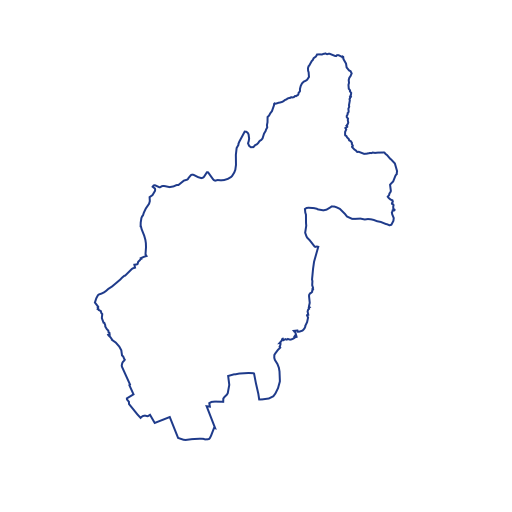 Coas, Maramures, Romania, rotated 232°
{"feature_id": "2599482B41042364837180", "entity_name": "Coas", "entity_type": "district", "adm_level": 2, "iso_a3": "ROU", "parent_name": "Romania", "parent_adm1": "Maramures", "projection": "mercator", "projection_center": [23.595, 47.517], "detail": "fine", "context": "isolated", "style": "outline", "palette": "blue", "viewbox_px": 512, "rotation_deg": 232, "n_neighbors": 0, "source": "geoboundaries", "source_scale": "gbopen_adm2", "svg_char_len": 6084}
<svg xmlns="http://www.w3.org/2000/svg" viewBox="0 0 512 512"><g transform="rotate(232 256 256)"><path d="M313.1,99.7L312.3,99.7L311.7,98.6L310.9,99.1L310.3,98.8L308.2,99.8L306.2,99.0L304.9,99.1L302.0,96.3L297.3,94.8L296.7,95.3L294.3,94.6L293.2,93.8L290.1,93.4L288.2,93.7L286.5,92.8L285.7,93.2L284.0,92.2L284.8,91.0L284.4,90.9L281.5,91.3L278.6,91.1L278.5,90.9L274.1,92.2L268.8,92.5L264.6,91.8L260.1,89.2L258.6,89.5L255.7,88.7L255.2,88.8L254.8,88.2L254.5,85.9L253.9,84.6L252.4,82.8L251.3,82.2L232.3,77.6L232.2,76.7L222.4,74.3L223.3,66.6L222.4,66.0L219.4,66.1L217.5,64.8L204.3,65.0L199.5,65.4L199.7,66.5L199.5,68.4L198.6,70.2L196.5,71.9L196.3,72.6L196.1,74.7L186.8,73.4L182.2,88.9L160.6,82.6L155.9,85.7L154.4,87.2L151.1,92.8L146.7,99.1L144.5,101.8L142.8,103.0L141.3,105.1L140.7,106.5L141.0,107.7L142.1,110.0L146.4,117.2L145.5,117.8L168.0,124.6L165.7,126.9L168.8,128.6L168.4,131.1L166.5,134.1L161.3,140.4L163.8,142.5L164.3,144.3L164.7,147.8L165.3,149.3L170.9,155.6L178.6,160.2L176.3,165.8L175.4,167.0L173.7,170.4L168.4,178.1L165.4,181.6L164.6,182.1L156.0,177.7L146.0,173.0L141.0,170.2L139.3,172.4L135.8,178.4L134.8,183.3L135.7,186.6L138.3,192.0L142.4,197.5L143.4,198.3L150.5,203.4L153.8,205.2L157.7,206.4L162.5,206.9L164.5,207.7L166.7,209.5L167.3,211.0L168.5,215.4L168.9,218.7L170.0,218.8L170.2,219.4L171.5,221.1L172.5,221.8L172.9,221.1L173.5,224.2L174.4,225.5L174.3,226.2L172.8,225.9L172.3,228.1L171.3,228.6L170.9,229.6L171.0,230.0L169.3,231.2L168.7,232.0L168.1,233.8L167.8,235.6L168.8,236.4L169.0,237.1L167.8,236.9L167.3,238.2L172.1,240.2L172.4,240.3L172.7,239.7L173.7,239.7L171.8,242.8L170.5,242.4L169.6,243.8L168.6,246.7L168.7,247.8L169.1,249.6L170.0,251.4L170.6,251.8L172.4,255.5L175.4,259.1L177.9,259.7L178.0,260.0L177.5,261.0L180.5,262.5L181.7,264.2L181.7,265.3L182.7,265.7L182.6,266.7L183.4,266.5L183.7,266.7L186.0,269.5L191.9,273.2L192.8,274.2L193.3,276.0L193.0,276.8L193.2,278.2L193.9,278.7L194.6,280.4L195.3,280.2L195.7,281.3L198.4,282.3L201.5,285.0L203.0,285.7L211.0,293.3L215.8,298.3L224.9,310.7L226.0,309.8L226.7,308.3L227.5,308.0L235.4,308.0L239.1,307.6L240.9,308.0L244.1,309.1L248.9,314.2L251.3,315.8L257.8,320.8L259.9,321.6L262.9,323.5L262.7,325.4L261.7,327.1L258.1,331.1L255.8,333.0L254.7,333.4L250.5,337.2L249.1,340.1L248.5,344.8L248.5,346.1L246.7,348.2L244.7,349.5L241.5,351.1L234.4,352.0L231.1,352.0L226.1,354.6L224.2,357.0L221.2,361.3L217.8,364.2L216.2,367.0L214.0,369.3L211.9,371.0L208.9,372.8L206.0,375.3L201.3,378.0L200.2,378.9L198.0,380.1L197.3,381.9L199.1,385.9L201.1,387.9L205.0,389.0L206.7,389.9L207.1,391.0L207.8,391.7L206.8,393.0L207.0,393.6L207.3,393.7L208.6,393.2L210.4,394.5L211.4,395.7L212.2,395.9L213.1,395.3L213.8,395.5L214.5,396.7L214.5,397.2L215.1,397.5L215.9,397.8L217.6,396.8L220.0,396.3L221.6,396.3L222.1,398.5L223.1,399.6L223.5,401.1L224.2,402.3L229.6,405.5L229.9,406.8L230.3,410.0L233.3,415.1L233.7,416.0L233.9,417.4L234.6,417.9L236.0,419.4L243.4,422.4L249.0,421.9L249.9,421.6L254.8,421.4L256.7,420.9L258.3,420.9L258.7,420.7L262.7,415.3L263.9,413.3L265.7,411.6L265.9,410.5L267.2,409.0L267.4,408.2L268.0,407.4L268.3,406.5L269.9,404.1L274.9,401.1L275.5,400.0L276.0,399.7L277.5,399.7L279.4,399.1L282.6,398.8L283.1,399.1L283.1,400.0L283.3,400.2L285.3,400.5L286.0,401.2L288.1,401.4L289.8,400.6L290.9,401.1L293.5,400.8L294.9,401.1L296.0,400.6L296.5,400.7L298.9,402.6L300.2,405.0L301.8,405.2L301.6,407.4L302.1,407.8L302.9,407.6L302.9,408.2L303.4,408.7L303.4,409.3L304.3,410.8L306.6,412.0L307.6,413.1L309.5,413.0L310.5,413.7L311.1,415.3L312.2,416.2L312.2,417.1L313.0,418.1L315.1,419.4L316.3,421.4L317.6,422.1L320.8,425.7L322.1,426.3L322.3,427.1L322.9,427.6L322.9,428.3L323.7,428.4L323.5,429.2L324.4,429.5L324.8,430.3L325.9,431.4L327.9,431.4L328.6,432.1L330.7,432.1L333.9,434.2L335.2,435.9L337.6,437.4L339.0,439.3L339.6,441.3L341.0,443.8L343.5,444.3L344.8,443.6L348.8,443.5L352.2,445.4L357.2,446.1L359.1,447.2L359.4,446.5L360.1,446.8L360.3,446.2L363.4,444.7L364.3,443.6L364.4,443.1L364.2,442.3L364.9,441.5L370.1,438.5L370.6,437.9L371.1,436.5L371.6,436.0L372.9,435.4L373.3,434.3L373.7,433.7L374.2,432.0L375.7,430.3L377.2,428.2L376.3,426.0L376.4,423.2L375.5,421.5L375.3,419.9L373.3,415.2L373.2,414.3L372.0,412.6L369.9,411.1L368.4,410.6L364.5,408.0L363.4,404.8L363.5,403.0L364.0,401.0L363.7,398.5L362.5,396.0L360.6,393.5L358.9,392.2L358.6,391.5L358.4,390.1L357.5,389.2L357.0,387.9L357.3,387.0L357.3,386.0L358.0,385.3L357.9,383.6L358.7,382.0L359.5,381.5L359.6,380.0L360.0,379.7L360.7,377.7L360.6,376.6L361.1,374.9L361.1,372.9L361.3,371.6L362.2,369.3L362.8,368.3L363.6,366.0L364.2,364.8L364.8,364.6L364.7,363.9L363.7,363.0L360.3,357.7L359.7,355.2L358.6,352.7L358.4,350.7L354.3,347.4L352.4,345.2L350.4,344.0L349.4,341.7L348.6,340.6L347.5,337.7L344.6,333.5L344.2,331.5L344.4,330.5L344.3,329.1L343.7,327.4L343.5,325.7L343.5,325.1L343.9,323.7L343.4,321.0L344.9,318.9L347.1,318.4L349.7,319.1L351.1,321.1L352.8,322.9L356.4,325.0L358.0,325.3L359.8,324.9L361.0,323.7L356.4,313.3L355.2,311.2L354.4,310.6L353.0,307.2L348.1,302.4L340.1,296.3L336.7,292.8L335.2,290.3L333.8,286.5L333.6,285.1L334.1,281.3L335.5,277.6L337.2,275.0L339.5,272.5L340.5,270.2L341.8,269.5L343.0,269.4L350.4,269.7L351.5,269.7L351.9,269.3L352.2,268.9L350.4,263.7L350.4,262.3L351.0,260.9L353.8,258.9L357.9,257.0L359.0,256.3L359.6,255.3L359.8,254.6L359.0,250.8L358.5,249.6L358.6,248.6L359.8,245.6L359.7,238.6L360.8,237.1L361.6,233.9L363.5,230.3L367.3,227.1L368.4,225.9L369.0,224.7L369.2,222.8L369.6,222.2L373.7,220.1L374.3,219.5L374.6,218.7L374.2,217.2L371.4,217.9L370.4,217.4L369.5,216.5L367.7,211.9L367.9,208.4L364.6,206.1L363.0,203.9L361.3,198.5L359.2,194.3L357.5,191.8L357.4,190.7L356.4,189.0L353.4,185.8L350.5,183.4L350.3,183.6L347.6,182.4L340.8,180.4L336.7,178.7L333.9,177.1L330.6,174.7L325.4,170.0L323.4,169.7L324.2,167.7L325.2,164.0L324.4,163.9L324.6,162.9L324.2,162.0L324.0,159.7L322.6,157.7L322.7,157.0L324.0,154.8L321.3,153.5L322.1,151.3L322.2,150.0L321.1,140.8L321.5,140.0L321.4,137.1L321.0,134.5L320.6,123.8L321.0,119.4L320.8,116.5L320.9,113.9L321.5,111.1L322.4,108.6L322.4,107.3L321.0,104.1L318.5,100.4L313.3,100.4L313.1,99.7Z" fill="none" stroke="#1e3a8a" stroke-width="2"/></g></svg>